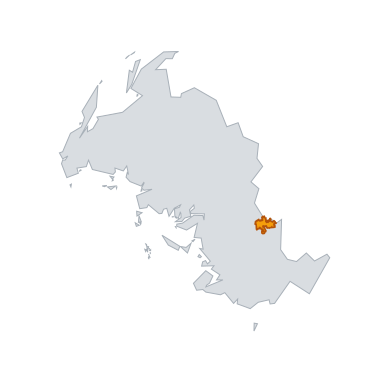 Russia, with Chelyabinsk highlighted, rotated 259°
{"feature_id": "RUS-2379", "entity_name": "Chelyabinsk", "entity_type": "Region", "adm_level": 1, "iso_a3": "RUS", "parent_name": "Russia", "parent_adm1": "", "projection": "orthographic", "projection_center": [60.252, 54.184], "detail": "fine", "context": "in_parent", "style": "filled", "palette": "amber", "viewbox_px": 384, "rotation_deg": 259, "n_neighbors": 0, "source": "natural_earth", "source_scale": "10m", "svg_char_len": 8509}
<svg xmlns="http://www.w3.org/2000/svg" viewBox="0 0 384 384"><g transform="rotate(259 192 192)"><path d="M334.9,190.9L332.5,205.6L331.4,201.6L326.6,198.1L327.9,191.8L319.0,179.6L317.4,190.1L289.3,189.5L287.1,199.0L290.6,200.4L293.9,214.2L277.4,233.3L249.4,238.6L251.2,250.5L236.5,252.8L226.7,266.5L212.6,262.2L203.6,266.2L190.7,251.8L182.5,258.3L169.2,251.2L148.6,259.0L151.1,263.8L145.3,268.9L148.0,274.7L118.5,268.0L107.7,272.8L103.8,281.3L110.3,292.6L100.9,299.1L105.2,312.6L101.2,314.7L69.7,287.8L85.6,271.2L66.9,251.8L67.2,247.3L71.5,247.1L71.1,235.9L66.4,226.9L73.6,215.0L78.2,216.4L74.7,211.6L86.9,205.0L85.7,200.3L91.1,186.5L94.2,184.0L94.7,177.8L102.1,176.0L112.1,190.5L105.6,196.5L99.2,191.8L97.7,188.5L96.2,187.5L99.8,205.6L101.0,199.3L105.4,203.6L112.6,196.3L115.4,199.5L117.4,187.3L121.4,189.1L122.1,192.2L118.5,193.5L120.6,196.8L135.1,188.8L133.8,192.0L145.0,192.2L147.0,185.4L160.2,191.4L155.7,179.4L161.4,170.4L163.4,171.0L163.2,176.7L168.8,189.4L166.8,198.2L162.1,198.4L168.2,200.0L170.9,187.2L173.0,186.2L175.6,191.2L178.9,191.3L175.0,186.1L168.4,186.2L167.8,179.9L165.0,176.4L166.0,170.0L169.1,176.4L173.3,177.0L174.3,176.6L168.7,173.5L171.5,170.6L178.8,171.6L179.4,176.7L181.6,178.4L179.5,171.5L172.5,164.8L180.8,164.1L180.5,160.8L176.7,158.3L177.0,155.6L187.9,146.7L185.3,144.7L185.6,137.5L198.8,136.7L202.3,153.3L202.9,145.2L205.5,143.2L209.5,146.4L210.2,146.7L210.6,146.5L207.5,143.3L214.0,133.2L219.1,130.1L223.4,132.1L221.3,133.0L230.0,132.9L225.8,128.6L230.2,120.9L226.3,120.6L224.3,117.9L233.1,98.5L243.0,96.5L237.1,93.1L237.4,83.6L232.1,84.0L230.0,71.9L244.7,69.3L247.9,71.1L247.6,73.7L251.1,77.0L249.1,71.4L255.7,69.3L256.2,72.7L272.8,83.9L277.1,95.9L285.7,100.7L292.1,99.4L314.8,120.0L293.4,114.3L266.3,91.8L276.3,102.1L271.1,100.9L273.1,106.9L281.2,114.0L283.7,113.0L283.5,139.0L296.0,161.8L305.3,151.8L322.3,165.7L334.9,190.9ZM155.3,154.3L141.0,169.7L137.4,167.4L144.4,158.6L155.3,154.3ZM301.7,146.5L323.5,153.7L320.9,156.5L330.9,161.5L331.8,166.5L309.2,153.4L301.7,146.5ZM133.0,175.9L140.7,170.2L138.7,175.7L141.9,181.3L133.0,175.9ZM212.5,118.2L209.9,112.9L213.1,110.0L212.5,118.2ZM172.4,133.6L178.9,135.5L172.6,136.5L172.4,133.6ZM168.9,130.8L172.6,130.4L169.4,133.9L168.9,130.8ZM178.9,133.4L183.7,134.0L181.2,139.0L178.9,133.4ZM214.7,109.6L213.9,107.2L215.1,105.0L214.7,109.6ZM43.7,226.3L51.4,228.0L50.2,231.1L43.7,226.3ZM137.3,137.9L139.4,137.4L135.2,138.4L137.3,137.9ZM220.0,116.2L223.2,114.5L221.6,118.3L220.0,116.2ZM129.3,187.2L126.7,188.9L125.9,187.4L127.4,185.5L129.3,187.2ZM141.3,137.1L143.2,136.4L144.0,137.3L141.3,137.1ZM147.4,137.2L146.6,139.0L145.2,138.3L145.5,137.2L147.4,137.2ZM149.2,137.4L147.6,137.2L149.8,136.7L149.2,137.4ZM144.0,182.6L145.1,186.0L143.1,183.5L144.0,182.6ZM172.1,134.7L171.5,136.2L170.0,135.4L172.1,134.7ZM142.5,135.1L144.8,134.7L143.9,135.9L142.5,135.1ZM222.3,73.6L222.8,75.1L220.1,74.1L222.3,73.6ZM135.8,136.6L137.1,137.3L134.3,136.9L135.8,136.6ZM161.3,169.2L159.1,169.9L161.3,169.0L161.3,169.2ZM202.5,142.1L204.6,142.9L202.7,143.1L202.5,142.1ZM233.7,85.2L235.1,86.5L234.6,87.3L233.7,85.2ZM144.5,139.4L143.4,138.7L145.1,139.3L144.5,139.4ZM144.3,136.0L144.9,137.2L143.7,136.4L144.3,136.0ZM335.4,152.1L336.7,153.6L338.4,156.9L335.4,152.1ZM142.6,139.2L143.3,140.4L142.3,140.2L142.6,139.2ZM171.2,170.3L169.8,171.6L169.4,171.5L171.2,170.3ZM281.1,95.0L281.0,96.5L279.8,94.9L281.1,95.0ZM218.2,115.8L219.6,116.9L218.3,116.8L218.2,115.8ZM296.2,156.0L298.3,156.9L297.6,157.6L296.2,156.0ZM315.7,121.8L318.6,124.6L317.8,124.8L315.7,121.8ZM140.9,139.4L139.8,139.6L139.6,139.3L140.9,139.4ZM171.4,167.4L171.5,168.9L171.0,168.6L171.4,167.4ZM211.0,118.5L211.8,119.5L209.8,118.6L211.0,118.5ZM339.8,162.0L338.2,157.7L340.3,162.3L339.8,162.0Z" fill="#d9dde1" stroke="#a8b0b8" stroke-width="1"/><path d="M154.4,258.2L154.1,258.1L153.9,258.2L153.9,258.5L153.5,258.6L153.3,258.6L153.0,258.6L152.5,258.7L152.4,258.8L152.4,259.2L152.3,259.4L152.3,259.6L152.2,259.6L151.9,259.3L151.9,259.2L152.0,259.1L151.9,258.9L150.8,259.0L150.8,259.4L150.4,259.4L150.3,259.1L150.2,259.1L149.7,259.1L149.7,259.3L149.5,259.1L149.3,259.1L149.2,258.8L148.9,258.8L148.7,259.0L148.7,259.4L148.6,259.6L148.4,259.4L148.2,259.3L147.9,259.5L148.0,259.7L148.3,259.7L148.3,259.8L148.6,260.0L148.4,260.3L148.3,260.5L148.2,260.5L148.1,260.8L147.8,260.7L147.7,260.9L147.8,261.0L148.3,261.0L148.8,261.3L149.0,261.1L149.4,261.0L149.5,261.1L149.6,261.4L149.2,261.8L149.0,261.7L148.8,261.5L148.7,261.5L148.6,261.8L148.4,262.1L148.5,262.4L148.6,262.5L149.1,262.6L149.5,262.8L149.9,262.7L150.2,263.0L151.0,263.2L151.2,263.5L151.2,263.8L151.0,264.0L150.8,264.1L150.4,263.9L150.0,263.9L149.8,264.1L149.3,263.7L149.0,263.9L148.9,263.9L148.6,263.8L148.3,263.9L148.0,264.0L147.7,264.7L147.6,264.9L147.2,265.1L147.1,265.4L147.3,265.6L147.5,265.6L147.6,266.1L147.9,266.2L148.0,266.7L148.2,267.0L147.8,267.4L147.5,267.5L147.3,267.8L147.2,267.9L146.7,267.8L146.4,267.9L146.2,268.1L145.8,268.6L145.3,268.6L145.2,268.4L145.0,268.1L145.1,267.7L145.3,267.7L145.6,267.3L145.7,266.9L145.6,266.6L145.0,266.5L144.9,266.4L144.7,266.2L144.6,266.3L144.4,266.5L144.3,266.4L144.0,266.4L143.8,266.5L143.5,266.2L143.1,266.2L142.9,267.0L142.6,267.0L142.3,266.8L142.3,266.5L142.0,266.4L141.8,266.5L141.8,266.4L141.7,266.1L141.9,266.0L141.8,265.8L141.6,265.6L141.7,265.3L141.7,265.1L141.7,264.9L141.7,264.5L141.8,264.3L141.8,264.1L141.9,263.8L142.5,263.7L142.4,263.6L142.1,263.6L142.1,262.9L141.9,262.9L141.9,262.4L142.0,262.3L142.1,261.4L142.2,261.2L141.9,261.0L142.2,260.7L142.1,260.3L142.2,260.1L142.2,259.8L142.3,259.6L142.2,259.5L142.3,259.4L142.3,259.2L142.5,259.3L142.9,259.2L143.2,258.5L143.3,258.3L143.6,258.3L144.0,258.2L144.3,258.4L144.3,258.5L144.5,258.5L144.5,258.2L144.7,257.9L144.6,257.7L144.3,257.5L144.5,257.3L144.6,257.0L144.4,256.9L144.5,256.6L144.9,256.2L145.0,256.0L145.0,255.8L145.2,255.4L145.0,255.2L144.7,255.1L144.3,254.8L144.2,255.0L143.9,255.4L143.8,255.6L143.6,255.8L143.4,256.0L143.1,256.2L142.7,256.1L142.0,256.4L141.8,256.6L141.7,256.7L141.5,256.9L141.2,256.6L140.8,256.5L140.3,256.6L140.3,256.8L140.0,256.9L139.7,257.2L139.4,256.9L139.3,256.7L139.1,256.7L139.1,256.3L138.7,256.0L138.7,255.8L138.5,255.7L138.1,255.6L137.7,255.3L137.6,255.1L137.5,254.9L137.8,254.5L137.6,254.3L137.6,254.0L137.5,253.8L137.6,253.7L137.8,253.5L137.8,253.4L137.8,253.2L138.1,253.0L138.4,252.7L138.6,252.7L139.0,252.9L139.7,252.9L140.0,253.0L140.3,253.4L140.2,253.5L139.9,253.5L139.9,254.0L139.9,254.3L139.7,254.6L139.8,254.7L140.1,254.5L140.1,254.2L140.4,254.0L140.3,253.9L140.7,253.5L140.9,253.6L140.9,253.8L140.8,254.0L141.0,254.1L140.9,254.3L141.3,254.3L141.3,254.6L141.5,254.6L142.1,254.3L142.1,254.2L141.9,253.9L141.5,253.8L141.4,253.7L141.7,253.5L141.8,253.7L142.0,253.4L141.8,253.3L141.8,253.2L142.2,253.2L142.4,253.1L142.2,253.0L142.2,252.9L142.4,252.9L142.5,252.9L142.5,253.0L143.0,252.8L143.1,252.7L143.1,252.3L143.4,252.3L143.6,252.2L143.9,252.2L144.1,252.1L144.3,251.8L144.3,251.6L143.9,251.7L143.8,251.4L143.3,251.7L143.2,251.7L143.3,251.5L143.5,251.4L143.4,251.1L143.4,250.8L143.1,250.7L143.1,250.3L143.2,250.1L143.1,249.7L143.4,249.4L143.4,249.1L143.1,249.1L142.8,249.0L142.7,248.9L142.6,248.7L143.0,248.7L143.0,248.2L143.4,248.1L143.6,248.2L144.5,248.3L144.4,248.4L144.4,248.5L144.7,248.6L145.1,248.5L145.8,248.7L146.1,248.6L146.6,248.6L146.8,248.7L147.2,248.6L147.3,248.7L147.7,248.8L147.8,248.7L148.1,248.8L148.3,248.7L148.1,248.2L148.3,247.9L148.6,248.1L148.9,248.0L149.0,248.2L149.3,248.3L149.5,248.2L149.8,248.4L149.8,248.5L150.0,248.5L150.1,248.8L150.5,249.0L150.9,249.1L150.8,249.3L151.1,249.5L151.1,249.9L151.2,250.0L151.3,249.8L151.3,249.7L151.5,250.0L151.3,250.2L151.2,250.4L151.4,250.5L151.4,250.4L151.7,250.5L151.9,250.9L151.9,251.2L152.0,251.3L152.0,251.5L151.9,251.5L152.0,251.7L152.2,252.0L151.8,252.1L151.9,252.3L151.6,252.3L151.4,252.5L151.2,252.3L151.1,252.5L151.3,252.6L150.8,252.9L150.7,253.0L151.1,253.2L151.1,253.3L151.2,253.5L151.4,253.7L151.3,253.9L151.2,254.1L151.2,254.4L150.9,254.1L150.6,254.2L150.6,254.3L150.6,254.7L150.7,254.8L150.9,254.9L150.9,255.0L151.0,255.2L150.8,255.4L150.7,255.6L150.8,255.7L150.9,255.8L151.0,256.0L151.2,255.9L151.3,255.9L151.4,256.0L151.7,255.9L151.9,255.6L152.0,255.7L152.3,255.7L152.1,255.9L152.2,256.0L152.3,256.1L152.4,255.9L152.5,255.9L152.6,256.0L153.0,255.9L153.2,255.7L153.9,255.7L154.1,256.0L154.2,256.3L154.3,256.5L154.1,256.6L154.0,256.8L153.9,256.7L153.8,256.9L154.0,257.0L153.8,257.1L153.8,257.3L153.7,257.5L153.8,257.5L154.0,257.5L154.2,257.8L154.4,257.8L154.4,258.2Z" fill="#f59e0b" stroke="#b45309" stroke-width="1.5"/></g></svg>